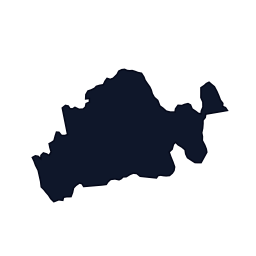 Aratuípe, Bahia, Brazil (Equal Earth projection), rotated 163°
{"feature_id": "56859067B37330443565805", "entity_name": "Aratuípe", "entity_type": "district", "adm_level": 2, "iso_a3": "BRA", "parent_name": "Brazil", "parent_adm1": "Bahia", "projection": "equal_earth", "projection_center": [-39.08, -13.09], "detail": "fine", "context": "isolated", "style": "filled", "palette": "ink", "viewbox_px": 256, "rotation_deg": 163, "n_neighbors": 0, "source": "geoboundaries", "source_scale": "gbopen_adm2", "svg_char_len": 2021}
<svg xmlns="http://www.w3.org/2000/svg" viewBox="0 0 256 256"><g transform="rotate(163 128 128)"><path d="M149.3,81.5L147.0,82.7L143.9,81.9L139.7,83.0L136.2,83.3L132.9,81.9L130.5,78.3L115.4,71.9L113.2,73.7L110.6,73.4L108.0,72.1L105.5,71.1L102.2,70.4L98.8,71.9L96.5,73.8L94.8,77.1L95.0,82.5L95.5,87.9L95.7,93.0L92.0,94.8L89.3,99.1L86.6,100.5L85.1,97.4L82.0,93.9L79.8,90.5L80.4,86.3L79.8,82.2L76.9,78.7L74.1,75.4L71.3,74.4L68.2,73.5L59.7,81.8L59.3,85.0L59.6,89.1L60.6,94.3L59.3,98.1L58.9,101.9L56.7,105.9L55.0,110.2L54.0,113.5L51.1,115.4L49.6,118.5L27.8,115.7L28.8,119.0L31.2,121.0L30.1,123.9L31.5,127.7L31.8,132.5L32.3,136.9L33.3,142.2L35.5,145.5L37.1,148.1L40.1,147.6L42.5,146.4L46.5,145.2L48.0,140.2L49.4,135.8L48.8,131.0L50.2,126.1L52.8,123.0L54.1,120.2L56.4,121.4L58.4,124.2L61.1,127.5L61.5,131.8L63.5,133.8L67.1,134.0L69.9,133.7L73.5,135.1L76.9,132.5L78.4,129.5L83.0,130.9L86.5,133.0L88.8,136.8L91.1,139.8L91.5,145.7L93.9,149.6L94.8,153.6L94.7,157.4L95.2,160.9L96.5,164.8L97.7,168.7L97.9,172.1L99.1,176.4L102.4,178.2L104.8,180.1L107.2,181.7L109.8,182.3L112.1,183.3L114.1,185.1L116.9,185.6L120.2,185.1L122.8,182.4L127.6,179.9L130.8,179.7L133.5,181.6L136.2,179.6L138.9,176.6L142.7,177.1L146.1,177.1L148.3,175.8L151.9,175.2L155.5,175.1L158.5,172.3L160.0,168.2L156.3,167.5L157.3,164.0L160.9,163.6L162.6,160.5L165.4,159.2L169.4,160.2L172.7,163.3L175.4,162.5L177.8,163.3L178.7,166.5L181.2,167.9L185.0,166.4L187.7,139.4L190.5,139.3L193.8,140.3L195.3,144.1L197.6,145.0L199.9,141.7L202.5,137.5L205.7,136.5L208.0,136.1L208.4,132.1L208.5,127.6L211.5,124.9L213.4,127.0L216.2,128.9L219.2,127.3L220.4,124.1L222.2,127.2L224.7,128.5L228.1,127.8L227.5,123.7L227.3,119.4L226.3,113.7L226.6,110.0L227.2,102.3L228.2,97.0L226.5,93.9L225.1,90.3L223.6,87.0L222.5,82.9L220.5,79.2L215.2,79.6L211.5,77.9L209.9,80.6L206.7,80.2L202.6,79.0L199.9,82.5L197.6,86.6L194.6,88.3L190.5,89.6L188.3,88.2L187.5,85.0L169.4,81.1L165.3,80.4L163.0,82.3L159.7,83.9L155.3,83.1L151.7,81.1L149.3,81.5Z" fill="#0f172a" stroke="#020617" stroke-width="1.5"/></g></svg>